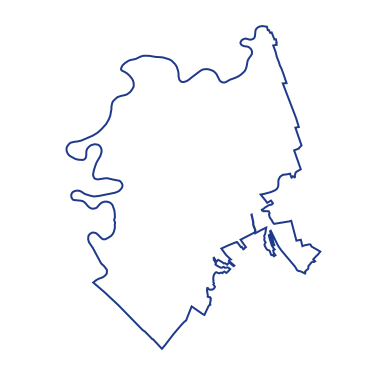 Trifesti, Iasi, Romania (Mercator projection), rotated 257°
{"feature_id": "2599482B92567311589859", "entity_name": "Trifesti", "entity_type": "district", "adm_level": 2, "iso_a3": "ROU", "parent_name": "Romania", "parent_adm1": "Iasi", "projection": "mercator", "projection_center": [27.494, 47.452], "detail": "fine", "context": "isolated", "style": "outline", "palette": "blue", "viewbox_px": 384, "rotation_deg": 257, "n_neighbors": 0, "source": "geoboundaries", "source_scale": "gbopen_adm2", "svg_char_len": 6026}
<svg xmlns="http://www.w3.org/2000/svg" viewBox="0 0 384 384"><g transform="rotate(257 192 192)"><path d="M336.2,302.2L337.6,298.5L337.9,297.5L338.0,295.2L337.5,292.9L336.2,291.0L335.1,290.2L329.5,288.3L328.4,287.6L327.8,286.8L327.4,285.9L327.2,283.6L327.5,282.5L329.4,278.9L329.5,277.8L329.1,275.4L328.5,274.3L326.9,272.9L326.1,272.7L325.0,272.9L324.0,273.4L322.6,275.1L321.0,279.1L320.0,280.3L317.8,281.7L315.5,282.1L313.2,281.5L312.0,280.5L309.1,277.2L307.3,275.7L301.7,273.3L299.6,272.0L297.8,270.4L295.4,266.2L294.3,263.5L293.5,259.7L292.9,254.5L291.5,249.8L291.4,247.8L292.4,245.6L294.3,244.1L301.6,242.3L304.4,240.6L305.3,239.7L307.1,237.1L307.9,235.5L308.4,234.1L308.9,231.2L308.8,229.4L308.3,227.7L303.9,217.8L302.4,214.8L301.5,212.6L301.1,210.5L301.0,208.6L301.7,206.5L303.6,205.2L304.6,204.9L307.2,204.9L311.3,205.6L313.4,205.7L317.4,205.3L320.2,204.4L324.7,201.6L326.4,199.6L329.1,195.0L330.1,192.7L331.9,186.7L334.2,181.2L335.2,177.6L335.7,174.8L335.4,171.8L334.3,167.1L334.4,161.3L334.1,159.5L332.6,155.5L331.0,152.8L329.0,151.1L327.8,150.5L326.7,150.6L326.1,151.0L323.7,153.9L322.0,155.5L319.6,157.2L316.0,159.0L314.1,159.5L311.6,159.7L309.0,159.2L307.7,158.8L305.3,156.6L303.3,154.2L301.7,150.5L301.5,147.5L301.6,145.0L301.2,140.7L299.7,137.9L298.1,135.4L296.9,134.4L293.3,132.7L291.1,132.2L284.9,129.6L282.0,127.7L277.6,123.7L273.8,118.3L272.1,115.4L270.8,112.8L269.2,107.8L267.0,95.7L267.0,91.8L267.4,88.2L267.3,84.6L266.1,82.5L264.3,80.5L263.2,79.8L261.7,79.3L260.2,79.1L258.0,79.4L256.3,80.0L254.5,81.2L251.0,85.1L249.7,87.1L248.8,89.3L247.8,92.9L247.9,94.1L248.4,95.2L249.1,96.1L251.4,97.2L255.1,98.1L256.8,99.0L257.6,99.5L259.4,102.1L260.0,103.3L260.4,104.9L260.4,107.8L260.2,108.7L259.6,110.1L259.0,111.3L258.1,112.2L257.0,112.8L255.6,113.2L253.9,113.4L251.6,113.0L249.0,111.6L247.4,110.5L242.4,105.8L239.5,103.8L235.1,101.2L231.4,99.6L230.4,99.4L228.0,99.7L227.2,100.1L226.3,101.2L225.8,102.2L225.4,103.4L225.0,109.1L224.6,112.3L221.3,119.1L219.3,123.8L218.4,124.6L216.3,125.6L214.9,125.8L213.5,125.6L211.9,124.7L210.8,123.3L209.5,121.4L209.0,119.4L208.6,116.9L209.1,99.9L209.8,95.1L211.6,91.5L214.2,87.1L217.4,84.1L218.7,82.1L219.3,79.7L219.3,78.3L219.1,76.9L218.8,75.9L218.2,75.0L216.5,73.7L214.0,73.3L212.2,73.8L211.4,74.3L210.8,75.0L208.4,82.1L207.7,83.4L206.5,84.7L204.7,85.9L202.4,87.0L200.2,88.4L199.1,89.6L198.3,90.8L198.0,91.8L197.9,92.9L197.9,94.6L198.2,95.7L201.1,99.7L201.8,101.3L202.2,103.1L202.2,104.9L201.8,106.7L201.0,108.4L200.3,109.4L199.1,110.5L197.5,111.5L192.0,112.2L189.1,112.0L184.6,111.2L183.3,110.3L181.7,109.8L179.5,110.2L177.4,109.4L173.9,108.6L170.5,106.7L168.6,105.0L167.4,103.2L166.1,99.6L165.5,97.0L165.6,95.8L166.0,94.7L166.5,94.1L167.7,93.1L171.8,90.6L173.7,89.0L174.5,87.2L174.9,85.6L174.5,84.2L174.0,82.9L172.5,81.2L169.4,80.2L166.2,80.3L160.1,82.7L142.8,87.4L139.5,89.7L135.1,91.6L131.7,90.6L130.0,88.4L128.9,85.5L128.5,81.9L127.8,79.2L126.0,75.4L114.2,84.1L98.3,94.8L68.7,112.8L66.5,114.8L57.5,120.3L57.3,120.9L46.0,127.4L48.3,130.6L57.7,142.0L65.1,152.0L67.3,155.4L68.1,157.3L80.6,165.9L70.9,174.7L69.4,176.4L76.9,182.3L77.7,183.1L78.0,184.5L79.6,184.5L82.0,185.8L82.6,185.7L83.3,186.1L83.7,186.0L84.1,186.4L85.4,186.0L86.0,184.2L86.5,183.7L87.3,184.1L93.2,184.5L95.0,185.3L94.5,186.2L93.7,186.3L92.9,187.0L92.3,190.0L93.2,192.0L94.5,193.1L97.0,192.0L98.0,192.9L99.6,192.5L100.9,193.1L102.6,193.1L103.7,193.6L104.8,193.8L106.8,195.1L108.2,196.8L108.4,197.6L106.8,199.8L106.7,200.3L106.9,201.8L106.7,202.7L106.1,203.5L106.8,204.4L107.2,205.6L105.4,207.3L106.5,209.3L108.3,211.9L110.1,210.4L110.5,209.7L110.7,207.1L111.9,206.1L112.0,205.6L111.5,204.4L111.8,203.0L113.9,200.5L115.9,198.6L116.4,198.6L117.0,199.2L118.7,198.9L121.0,198.0L122.9,198.3L123.0,198.7L120.2,199.5L118.8,200.4L120.0,202.3L116.9,205.6L115.2,207.0L115.2,208.3L113.3,209.9L115.0,212.4L110.4,215.8L110.8,216.7L116.6,212.4L117.2,212.9L117.6,213.4L117.6,214.6L122.8,211.1L130.3,207.9L131.9,215.7L133.2,223.8L132.8,224.0L132.9,224.8L127.3,227.2L127.4,228.1L124.6,229.1L124.6,229.3L124.8,229.8L125.3,229.8L125.4,230.0L125.5,230.7L126.1,232.1L134.6,228.6L138.6,244.4L141.6,244.9L143.9,244.4L146.5,244.2L149.3,244.8L156.5,244.8L156.6,245.1L148.8,245.0L146.5,244.4L140.9,245.2L137.6,244.5L139.4,251.0L140.6,256.3L134.7,253.9L133.1,252.5L130.6,252.3L129.5,251.7L128.3,251.7L126.4,252.4L124.3,250.7L122.3,251.0L119.4,251.9L118.5,252.7L117.8,254.0L116.9,254.5L113.2,254.9L112.6,255.3L112.3,256.0L112.7,256.9L111.0,257.4L111.6,259.1L114.4,258.0L116.7,257.9L117.0,258.0L117.4,259.6L119.5,258.5L122.1,257.7L130.1,257.1L132.6,257.1L132.9,257.9L123.1,258.4L121.3,258.9L121.8,260.3L123.3,260.0L131.6,259.8L136.0,259.2L136.3,259.3L136.6,260.0L122.2,263.3L118.8,264.3L114.6,266.1L95.9,275.7L92.2,276.8L91.1,278.0L90.1,280.2L87.1,283.8L87.5,284.2L89.0,284.3L89.2,284.8L90.2,285.9L90.5,287.2L90.9,287.7L91.7,288.3L93.3,288.6L93.7,288.9L96.6,292.7L96.9,293.9L96.5,294.8L96.4,295.4L96.8,296.4L99.1,295.0L101.5,298.5L102.7,300.6L105.1,303.6L112.0,296.2L114.2,295.6L114.6,294.3L114.7,290.6L114.7,289.6L114.4,287.4L121.0,287.3L121.1,282.8L141.6,282.2L141.5,280.0L142.5,264.8L144.2,263.9L146.1,263.5L149.8,262.0L152.9,262.0L153.7,262.8L155.9,262.5L156.9,259.1L157.1,257.4L158.4,256.0L159.0,256.0L159.4,257.7L160.5,259.7L162.0,264.5L161.8,266.2L162.0,267.2L162.2,267.4L162.3,267.9L162.9,268.3L165.9,267.0L164.5,262.8L166.8,261.9L174.1,258.3L173.9,261.7L174.2,269.0L175.0,273.4L175.7,275.0L176.4,275.9L177.6,276.9L178.9,277.6L183.2,278.6L184.8,279.3L187.0,281.2L188.3,284.1L187.8,289.5L187.8,291.7L183.8,292.1L183.6,292.3L183.9,292.5L184.6,293.7L184.3,294.2L183.2,295.1L183.2,295.5L183.6,295.8L184.8,295.8L187.7,297.4L188.3,298.7L189.7,303.1L209.6,300.9L210.3,305.9L211.0,306.4L212.7,309.2L231.4,307.2L231.3,310.7L240.8,310.0L277.4,304.9L276.8,308.6L287.0,307.6L291.7,307.0L295.5,306.1L298.7,305.9L304.7,305.0L309.4,305.0L316.5,304.1L316.4,307.6L318.3,307.6L318.4,308.1L322.0,308.1L322.1,306.6L329.5,305.5L329.4,304.0L332.5,303.3L332.5,302.5L332.8,302.2L336.2,302.2Z" fill="none" stroke="#1e3a8a" stroke-width="2"/></g></svg>